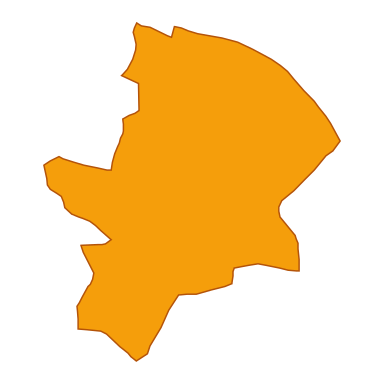 the district of Derbendikhan, As-Sulaymaniyah, Iraq
{"feature_id": "34846034B22464020679662", "entity_name": "Derbendikhan", "entity_type": "district", "adm_level": 2, "iso_a3": "IRQ", "parent_name": "Iraq", "parent_adm1": "As-Sulaymaniyah", "projection": "mercator", "projection_center": [45.71, 35.186], "detail": "fine", "context": "isolated", "style": "filled", "palette": "amber", "viewbox_px": 384, "rotation_deg": 0, "n_neighbors": 0, "source": "geoboundaries", "source_scale": "gbopen_adm2", "svg_char_len": 2035}
<svg xmlns="http://www.w3.org/2000/svg" viewBox="0 0 384 384"><path d="M88.0,286.5L87.2,288.0L82.2,297.1L79.3,302.8L77.0,306.3L77.5,311.3L78.1,319.1L78.1,329.0L86.8,329.7L93.8,330.4L100.7,331.1L106.5,334.0L119.9,346.7L128.0,353.1L130.9,356.7L136.3,361.0L147.4,353.8L150.0,345.9L161.0,327.6L168.8,310.1L178.6,295.0L187.0,294.2L196.2,294.2L197.4,293.9L211.0,290.0L224.9,286.5L231.3,283.9L231.9,283.7L231.9,283.1L233.0,275.9L233.0,271.6L234.0,268.7L234.2,268.0L234.5,268.0L241.7,266.6L249.3,265.2L258.0,263.8L265.5,265.2L279.4,268.0L288.1,270.2L296.2,270.9L298.6,270.9L299.1,270.9L299.1,270.2L299.1,265.2L299.1,259.5L298.0,248.9L298.0,243.2L296.2,239.0L295.1,235.4L290.4,229.7L286.4,224.8L280.0,217.0L278.8,211.3L278.8,207.0L281.6,201.0L281.7,200.6L282.2,200.3L293.9,190.7L304.9,179.4L314.2,170.1L314.8,169.4L325.3,156.6L325.8,155.9L332.7,151.0L332.8,151.0L333.3,150.3L339.7,141.6L340.1,141.0L330.5,123.3L325.8,116.2L318.3,106.9L314.2,101.2L303.8,90.6L293.9,79.2L287.5,71.4L280.6,65.7L271.3,59.3L252.7,49.3L237.7,42.2L222.0,38.0L197.6,33.7L188.3,30.9L181.4,28.0L175.2,26.7L174.4,26.6L171.5,37.3L167.5,35.8L150.1,27.3L141.4,25.9L136.7,23.0L134.4,28.0L133.5,31.2L133.2,32.3L133.5,33.4L134.4,36.6L136.0,43.7L136.1,44.4L136.0,45.9L135.6,50.1L132.7,59.3L127.4,69.3L123.1,74.1L121.6,75.6L123.1,76.3L133.8,81.3L138.5,83.5L139.0,108.3L139.0,110.5L135.0,113.3L129.2,115.4L123.0,118.9L122.8,119.0L123.0,121.1L123.4,124.0L123.4,126.2L123.4,128.8L123.4,131.1L122.8,133.9L120.5,138.2L119.3,143.1L117.6,146.7L114.7,153.8L112.4,162.3L111.2,170.1L107.1,170.1L97.8,168.0L83.9,165.2L74.1,162.3L63.0,158.8L59.0,156.6L50.3,160.9L44.3,164.9L43.9,165.2L44.3,167.1L46.8,178.6L47.4,185.0L50.3,189.3L57.2,193.6L61.3,196.4L63.6,202.1L64.8,207.7L71.7,214.1L78.7,217.0L82.8,218.4L89.7,221.2L95.5,225.5L100.7,230.5L109.8,238.5L111.2,239.7L109.8,240.7L105.4,243.9L101.9,244.6L98.4,244.6L81.7,245.3L81.0,245.4L81.7,247.6L83.3,252.4L90.9,267.3L93.5,272.4L93.8,273.0L93.5,274.7L92.6,279.4L90.3,284.4L88.0,286.5Z" fill="#f59e0b" stroke="#b45309" stroke-width="1.5"/></svg>